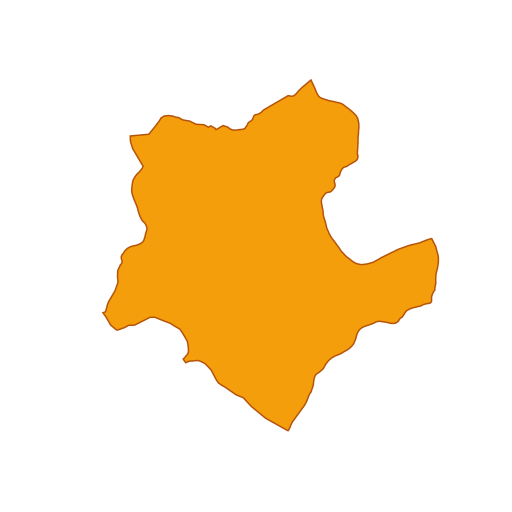 the district of An Nadirah, Ibb, Yemen, rotated 330°
{"feature_id": "15242507B41326170621958", "entity_name": "An Nadirah", "entity_type": "district", "adm_level": 2, "iso_a3": "YEM", "parent_name": "Yemen", "parent_adm1": "Ibb", "projection": "robinson", "projection_center": [44.521, 14.061], "detail": "fine", "context": "isolated", "style": "filled", "palette": "amber", "viewbox_px": 512, "rotation_deg": 330, "n_neighbors": 0, "source": "geoboundaries", "source_scale": "gbopen_adm2", "svg_char_len": 6126}
<svg xmlns="http://www.w3.org/2000/svg" viewBox="0 0 512 512"><g transform="rotate(330 256 256)"><path d="M243.9,89.1L242.9,88.9L242.5,89.2L241.0,90.0L239.5,90.8L237.8,91.5L235.8,92.4L234.0,93.2L231.8,94.0L230.2,94.6L228.5,95.3L226.7,95.9L225.0,96.7L224.1,97.0L207.1,89.2L204.6,93.9L202.9,101.3L203.1,121.8L203.0,122.0L201.3,123.1L199.8,123.8L198.0,124.4L196.5,125.0L194.9,125.3L193.4,125.8L191.9,126.4L190.4,127.1L188.9,128.0L187.4,128.9L186.2,130.2L185.1,131.5L184.0,132.9L183.0,134.4L181.9,135.8L181.0,137.4L180.1,139.3L179.6,141.2L179.2,143.3L178.8,145.2L178.5,147.4L178.3,149.4L178.0,151.4L177.7,153.4L177.3,155.4L176.8,157.2L176.3,159.0L175.9,160.8L175.5,162.8L175.3,164.7L175.2,166.5L175.2,168.4L175.6,170.2L176.2,172.0L176.2,173.9L175.9,175.9L175.4,177.7L174.3,178.9L173.3,179.9L171.9,181.2L170.5,182.6L169.3,184.0L167.7,185.3L166.9,186.2L166.4,186.5L164.9,187.2L163.3,187.4L161.7,187.5L160.1,187.3L158.4,187.0L156.8,186.6L155.1,186.1L153.5,185.6L151.9,185.2L150.1,185.1L148.4,185.1L146.8,185.5L145.0,186.0L143.5,186.7L142.0,187.5L140.4,188.1L139.0,189.2L138.1,190.8L137.7,192.9L137.0,194.5L135.6,195.4L134.0,195.9L132.5,197.1L130.8,198.2L129.4,199.2L128.3,200.5L126.2,203.9L125.2,205.6L125.0,206.4L124.4,207.7L123.5,209.3L122.9,210.2L116.4,215.7L105.8,221.7L103.1,223.8L100.2,226.8L97.7,229.1L95.1,228.6L95.6,234.0L95.6,243.2L98.2,250.3L99.1,250.9L106.5,252.3L110.8,252.3L116.5,255.2L133.4,256.1L137.8,258.5L140.8,262.4L144.3,266.8L148.2,271.6L150.4,275.9L153.5,281.3L153.9,286.6L153.9,295.3L152.2,300.2L150.0,304.5L148.3,306.5L141.8,308.9L141.6,308.8L141.4,309.4L141.8,313.3L145.7,313.7L148.1,315.0L151.5,316.5L152.6,317.0L154.1,318.0L156.3,320.8L158.0,323.8L158.3,324.4L160.1,332.1L159.7,343.7L160.1,347.6L162.3,351.9L163.3,353.4L169.5,366.5L174.1,372.3L176.7,383.9L183.2,401.3L196.2,423.1L196.5,423.3L196.6,423.2L198.0,422.6L199.4,421.6L201.0,420.4L202.4,419.3L203.7,418.4L205.2,417.6L223.3,409.6L227.2,407.2L231.2,403.9L233.8,402.0L235.4,401.5L240.9,396.6L242.9,393.9L244.9,391.3L247.3,389.3L249.3,388.4L252.4,388.3L257.6,387.3L259.2,386.5L260.7,385.5L262.5,384.5L265.6,383.2L267.3,382.7L268.8,382.4L270.4,382.1L272.1,382.1L273.9,382.1L275.4,382.2L276.9,382.5L278.4,382.7L280.1,382.9L281.8,383.0L283.5,382.9L286.9,382.9L287.3,382.9L288.5,382.9L290.0,382.8L291.7,382.5L293.4,382.1L294.9,381.6L296.6,380.8L297.9,380.0L299.2,379.0L300.6,377.8L302.0,376.5L304.5,374.0L305.8,373.1L307.4,372.2L308.8,371.6L310.5,371.2L312.1,371.1L313.7,371.1L315.4,371.4L317.0,371.7L320.1,372.3L321.6,372.7L323.6,372.9L325.2,373.1L327.0,373.1L328.5,373.5L330.0,374.1L331.3,375.0L332.7,376.1L333.9,377.1L335.3,378.1L336.8,379.6L338.2,380.9L339.4,382.0L340.8,382.8L342.2,383.6L343.8,383.9L345.5,383.9L346.5,383.6L347.0,383.5L348.7,382.5L350.2,381.9L351.8,382.1L353.3,381.4L354.9,380.7L356.4,379.8L357.8,379.1L359.4,378.7L360.9,378.7L362.5,378.7L364.1,379.0L365.9,379.3L369.2,380.3L370.8,380.7L372.3,381.2L373.9,381.7L375.5,381.7L377.0,381.8L378.7,382.3L380.2,382.7L381.9,383.5L383.7,383.8L385.1,383.3L386.1,381.9L386.9,380.3L388.0,378.7L389.3,377.6L390.9,376.3L392.4,375.5L393.9,374.9L394.7,373.4L395.8,372.1L397.1,370.7L398.2,369.2L399.0,367.8L400.0,365.9L402.0,362.9L403.2,361.3L405.6,358.7L406.8,357.6L407.9,356.3L410.0,353.6L411.1,352.2L411.9,350.7L413.0,348.9L413.8,347.1L416.4,337.6L416.9,328.7L414.2,328.0L413.7,327.9L412.2,327.6L410.7,327.3L408.8,327.1L407.3,326.8L405.7,326.7L404.1,326.4L402.4,325.9L400.5,325.4L398.7,324.8L396.8,324.2L395.2,323.7L393.7,323.4L391.7,323.0L390.2,322.7L388.6,322.5L386.9,322.1L383.3,321.5L381.7,321.3L380.0,321.1L378.5,321.1L376.7,321.0L375.0,320.8L363.8,320.1L362.3,320.1L360.7,320.2L359.2,320.1L357.7,320.1L354.5,320.0L353.0,319.7L351.4,319.3L349.6,318.8L348.0,318.4L346.5,317.7L345.0,317.1L343.4,316.4L342.0,315.4L339.6,313.2L338.5,311.7L337.6,310.3L336.9,308.8L336.2,307.3L335.6,305.4L334.9,303.9L334.1,302.2L333.6,300.5L333.2,298.7L332.8,296.8L332.3,294.7L332.1,292.8L332.1,291.1L331.9,289.4L331.6,287.6L331.5,285.6L331.3,283.9L331.1,282.1L330.8,280.1L330.6,278.3L330.5,276.2L330.6,274.2L330.6,272.5L330.9,270.7L331.0,269.0L331.3,267.1L332.4,263.5L332.9,261.6L333.4,259.9L333.7,258.2L334.1,256.5L334.6,254.7L335.3,253.2L336.1,251.4L336.8,249.9L337.3,248.2L338.1,246.1L338.7,244.4L339.3,242.6L340.0,241.1L341.4,239.4L342.7,238.6L345.7,237.2L347.2,236.6L348.8,236.5L350.4,236.9L352.1,237.6L353.6,237.6L355.0,237.1L356.6,236.6L358.1,236.0L359.5,234.9L360.4,233.2L360.8,231.4L361.4,229.9L362.8,228.7L364.3,228.1L365.9,228.3L367.4,228.3L368.8,227.8L370.0,226.5L371.1,225.4L372.9,224.3L374.5,223.5L376.0,223.1L377.6,223.3L379.2,223.8L380.8,223.7L382.5,223.5L384.3,223.6L385.9,223.6L387.7,223.6L389.3,223.6L390.3,223.4L391.2,223.3L392.5,222.6L393.7,221.3L394.5,219.9L394.9,218.0L395.8,216.7L396.9,215.0L398.0,213.5L398.9,212.0L399.9,210.5L400.8,209.2L401.9,207.3L402.8,205.7L403.8,204.2L405.0,202.5L406.0,201.1L407.0,199.5L408.1,197.9L409.1,196.6L410.8,193.6L411.6,191.8L412.1,190.1L412.7,188.4L412.9,186.5L412.9,184.6L412.5,182.8L412.0,181.0L411.5,179.3L410.9,177.5L410.1,175.5L409.3,173.5L408.4,171.5L407.8,169.9L407.2,168.4L406.3,166.9L405.2,165.6L403.9,164.2L402.5,163.1L401.1,161.7L400.0,160.6L398.5,159.4L396.9,158.1L395.9,156.8L394.6,155.4L393.3,154.1L392.3,152.9L391.0,151.1L390.3,149.6L390.1,147.8L390.1,146.0L390.2,144.3L390.5,142.4L390.8,140.6L391.6,131.1L390.7,131.2L379.5,133.2L378.8,133.4L377.1,133.9L375.5,134.2L373.9,134.9L372.1,135.6L370.3,135.9L368.7,136.1L367.1,135.7L365.7,134.7L364.5,133.5L364.0,133.2L336.1,133.3L335.6,133.4L334.0,133.7L332.4,134.2L330.8,134.3L329.2,134.3L327.5,133.9L326.0,133.3L325.7,133.3L324.2,133.6L322.7,134.9L321.2,136.0L319.5,136.5L317.8,136.5L316.1,136.7L314.7,137.5L313.4,138.6L311.8,139.1L310.2,140.0L308.6,139.9L307.1,139.2L305.4,138.6L304.0,137.8L302.4,137.4L300.9,136.5L299.2,135.6L298.1,134.4L297.0,132.8L296.3,131.1L295.5,129.5L294.1,128.3L293.1,127.0L292.8,126.6L284.6,126.6L284.5,125.1L281.9,120.7L279.2,120.7L276.6,116.3L269.9,111.9L266.0,106.0L260.6,101.5L258.1,97.3L256.9,96.5L255.5,95.2L254.4,93.8L253.1,92.6L251.7,91.6L250.3,90.5L248.7,89.9L247.3,89.2L245.6,88.7L243.9,89.1Z" fill="#f59e0b" stroke="#b45309" stroke-width="1.5"/></g></svg>